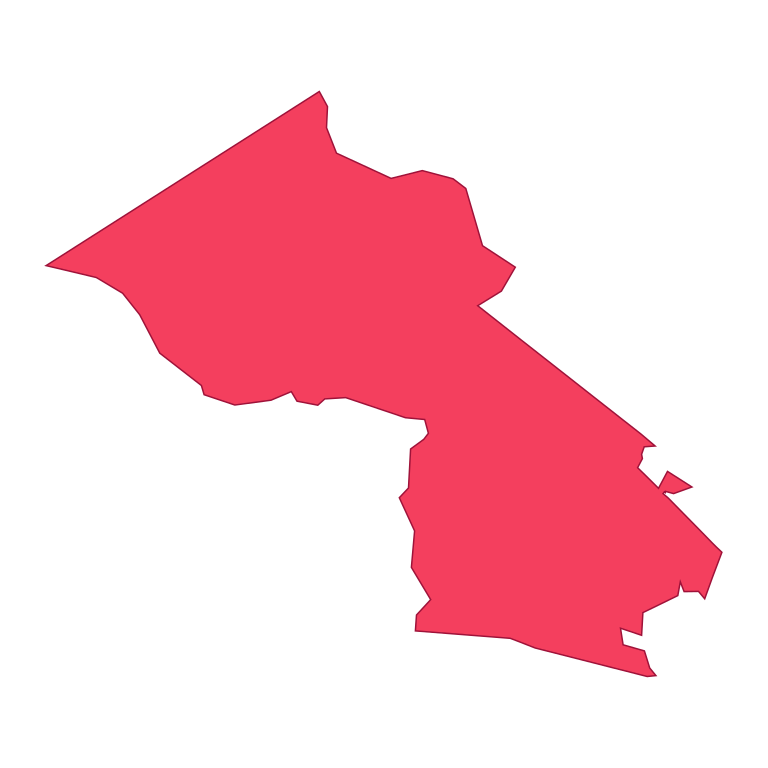 outline of Dorchester, South Carolina, United States of America
{"feature_id": "52423323B90119869144557", "entity_name": "Dorchester", "entity_type": "district", "adm_level": 2, "iso_a3": "USA", "parent_name": "United States of America", "parent_adm1": "South Carolina", "projection": "robinson", "projection_center": [-80.311, 33.076], "detail": "fine", "context": "isolated", "style": "filled", "palette": "rose", "viewbox_px": 768, "rotation_deg": 0, "n_neighbors": 0, "source": "geoboundaries", "source_scale": "gbopen_adm2", "svg_char_len": 1077}
<svg xmlns="http://www.w3.org/2000/svg" viewBox="0 0 768 768"><path d="M655.1,446.0L640.8,433.9L622.8,419.8L558.0,368.9L521.2,340.0L477.7,305.7L501.4,291.1L515.3,267.2L482.5,245.7L465.8,188.5L453.1,178.8L422.3,170.6L391.1,178.4L336.5,153.2L326.5,127.7L327.5,106.6L319.3,91.5L46.1,265.6L96.3,277.5L122.6,293.2L139.7,314.7L159.8,353.2L201.4,385.5L204.1,394.7L234.8,405.0L271.0,400.2L291.3,391.6L297.0,401.2L317.8,405.2L324.8,398.9L345.7,397.6L405.4,417.7L424.7,419.5L428.4,433.3L423.8,439.3L410.6,449.0L408.5,488.0L399.3,497.7L414.6,530.9L411.4,567.4L430.7,599.6L416.5,615.0L415.4,630.9L510.2,638.3L519.4,641.8L535.2,648.0L647.2,676.5L655.9,675.6L649.7,668.0L644.4,650.9L623.1,644.8L620.5,628.2L641.6,635.3L642.9,612.6L677.8,595.6L680.3,581.8L684.1,591.6L698.5,591.4L704.7,598.8L712.3,577.7L721.9,552.3L716.0,546.7L712.2,542.9L701.3,531.7L668.3,498.1L663.0,493.6L664.4,491.8L665.3,492.6L665.6,491.4L673.6,493.6L691.9,487.0L667.5,471.4L658.5,488.3L645.0,474.9L637.6,467.7L642.4,458.6L641.6,454.3L644.2,446.8L655.1,446.0Z" fill="#f43f5e" stroke="#9f1239" stroke-width="1.5"/></svg>